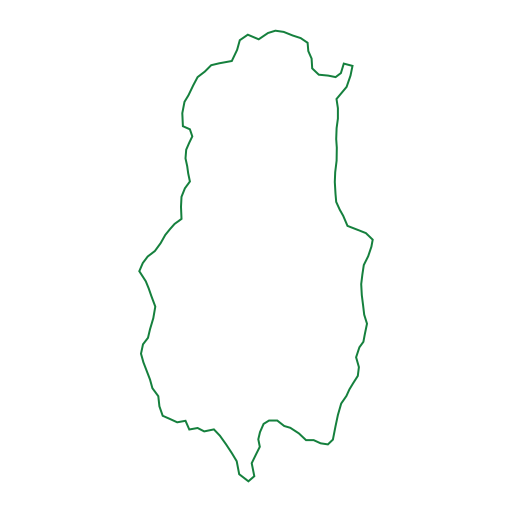 outline of São Geraldo da Piedade, Minas Gerais, Brazil
{"feature_id": "56859067B84710447672664", "entity_name": "São Geraldo da Piedade", "entity_type": "district", "adm_level": 2, "iso_a3": "BRA", "parent_name": "Brazil", "parent_adm1": "Minas Gerais", "projection": "natural_earth1", "projection_center": [-42.309, -18.896], "detail": "fine", "context": "isolated", "style": "outline", "palette": "green", "viewbox_px": 512, "rotation_deg": 0, "n_neighbors": 0, "source": "geoboundaries", "source_scale": "gbopen_adm2", "svg_char_len": 1741}
<svg xmlns="http://www.w3.org/2000/svg" viewBox="0 0 512 512"><path d="M327.9,444.4L332.9,439.6L335.5,426.3L337.9,415.0L341.2,403.5L346.4,396.0L349.4,389.4L353.2,383.1L357.8,375.9L358.9,367.1L356.1,357.3L359.4,347.3L363.4,341.8L364.8,334.3L367.0,323.7L364.2,314.7L363.1,305.4L361.8,295.1L361.2,284.1L362.4,274.3L363.8,265.0L368.2,256.2L371.4,246.7L372.7,239.7L365.9,233.1L357.8,229.9L347.5,225.9L343.2,215.8L339.8,209.8L336.2,201.9L335.5,193.8L334.8,182.0L335.2,172.2L336.6,160.7L336.8,147.7L336.2,139.1L336.6,128.1L337.9,118.6L337.9,108.2L336.5,99.0L341.1,93.5L346.6,86.9L350.5,75.6L352.5,65.9L343.8,63.6L340.9,73.1L335.6,77.1L328.2,75.6L318.8,74.7L312.2,68.4L311.6,58.6L308.3,51.1L307.6,42.8L300.7,38.1L292.7,35.5L283.7,31.9L275.4,30.7L268.0,33.0L258.7,39.3L247.8,34.7L239.8,40.2L237.1,49.9L231.8,61.0L219.2,63.3L211.2,65.2L204.8,71.6L197.6,77.1L193.3,85.2L188.5,95.2L184.5,101.8L182.3,113.2L182.9,126.2L189.9,129.3L192.3,136.4L189.3,142.6L186.2,149.7L185.5,158.4L187.2,166.2L188.2,173.4L189.9,181.5L184.9,188.3L181.5,196.8L181.0,206.8L181.5,218.9L174.6,223.9L170.0,229.1L165.3,234.9L160.6,243.2L154.9,251.0L147.7,256.5L142.8,263.0L139.3,271.2L145.8,281.3L148.7,288.4L151.3,295.9L155.3,306.6L153.3,318.2L150.0,329.3L148.0,337.8L143.0,344.3L141.0,353.7L143.4,362.3L146.7,370.9L150.0,379.5L152.4,388.2L158.3,396.2L159.4,406.3L162.7,415.8L170.0,419.0L177.2,422.3L185.5,420.8L189.3,429.5L197.6,428.0L204.2,431.4L213.9,429.4L219.9,435.7L226.1,444.4L232.0,453.4L236.7,461.2L239.2,474.2L248.4,481.3L254.3,476.2L251.7,463.2L256.1,454.2L259.8,446.8L258.3,439.3L260.0,432.1L263.6,423.9L269.1,420.5L277.2,420.5L284.2,426.0L290.3,427.8L298.9,433.4L306.0,440.1L313.6,440.1L320.6,443.3L327.9,444.4Z" fill="none" stroke="#15803d" stroke-width="2"/></svg>